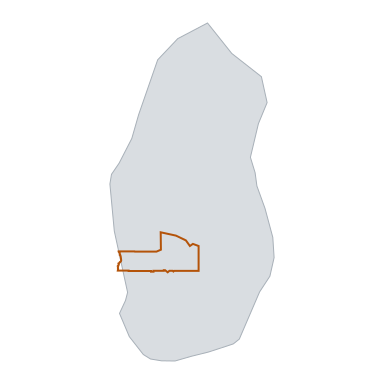 83, Ar Rayyān, Qatar (highlighted)
{"feature_id": "91078587B29732052080276", "entity_name": "83", "entity_type": "district", "adm_level": 2, "iso_a3": "QAT", "parent_name": "Qatar", "parent_adm1": "Ar Rayyān", "projection": "mercator", "projection_center": [50.853, 25.078], "detail": "fine", "context": "in_parent", "style": "outline", "palette": "amber", "viewbox_px": 384, "rotation_deg": 0, "n_neighbors": 0, "source": "geoboundaries", "source_scale": "gbopen_adm2", "svg_char_len": 1792}
<svg xmlns="http://www.w3.org/2000/svg" viewBox="0 0 384 384"><path d="M208.6,352.0L191.3,356.3L175.0,361.0L161.4,360.8L150.5,359.0L143.3,354.5L129.3,336.6L119.5,313.4L125.5,300.5L127.6,292.4L114.3,231.1L109.9,184.0L111.5,174.3L119.1,163.2L131.8,138.5L138.6,114.8L157.7,59.8L177.8,38.6L207.5,23.0L231.8,53.5L261.4,76.7L267.1,102.6L258.4,123.7L250.4,157.3L255.1,172.7L256.9,186.0L265.0,208.4L272.8,237.4L274.1,257.6L269.9,276.2L259.6,291.9L239.3,339.1L233.3,343.9L208.6,352.0Z" fill="#d9dde1" stroke="#a8b0b8" stroke-width="1"/><path d="M179.8,270.9L198.6,270.9L198.6,246.0L192.9,243.9L189.9,246.0L185.9,240.4L175.9,235.6L160.7,232.3L160.9,249.7L156.5,251.6L134.8,251.6L134.6,251.4L118.6,251.4L118.6,251.5L118.8,251.7L118.8,251.9L119.1,252.1L119.2,252.3L119.4,252.3L119.7,252.8L119.7,253.1L119.8,254.4L119.8,254.5L119.8,254.8L120.0,254.8L120.0,255.0L120.3,255.2L120.3,255.4L120.3,255.5L120.5,255.8L120.6,256.0L120.6,256.4L120.7,256.9L120.8,257.0L120.9,258.2L120.9,258.6L121.0,258.7L121.0,258.9L121.0,259.3L121.1,259.6L121.1,259.9L121.2,260.1L121.1,260.8L121.0,261.1L120.9,261.2L120.7,261.5L120.5,261.8L120.4,261.8L120.3,262.0L120.1,262.2L119.9,262.2L119.9,262.3L119.7,262.4L119.6,262.5L119.4,262.8L119.1,263.0L118.9,263.2L118.9,263.3L118.8,263.5L118.8,263.8L118.7,263.8L118.8,264.0L118.8,264.4L118.7,264.4L118.6,264.7L118.5,265.0L118.4,265.1L118.2,265.4L118.3,265.4L118.3,265.5L118.2,265.7L118.2,266.1L118.1,266.4L118.1,266.5L118.1,267.1L118.0,267.3L117.9,267.6L117.9,268.2L117.9,268.3L118.1,268.6L118.0,269.5L118.0,269.8L117.9,269.9L117.9,270.1L117.8,270.6L128.6,270.6L128.6,271.0L151.0,271.0L151.0,271.7L153.5,271.7L153.5,270.8L163.8,270.8L163.8,270.2L165.1,270.2L167.7,272.3L169.4,270.8L172.7,270.8L173.4,271.5L174.1,270.9L179.8,270.9Z" fill="none" stroke="#b45309" stroke-width="2"/></svg>